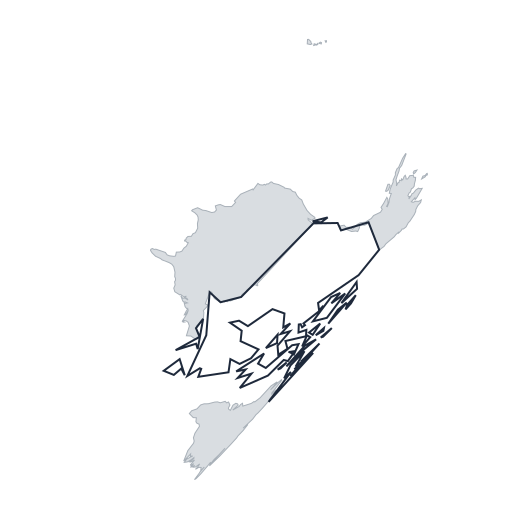 Canada and the surrounding countries, rotated 133°
{"feature_id": "CAN", "entity_name": "Canada", "entity_type": "country or territory", "adm_level": 0, "iso_a3": "CAN", "parent_name": "North America", "parent_adm1": "", "projection": "equal_earth", "projection_center": [-89.555, 62.395], "detail": "medium", "context": "with_neighbors", "style": "outline", "palette": "slate", "viewbox_px": 512, "rotation_deg": 133, "n_neighbors": 2, "source": "natural_earth", "source_scale": "50m", "svg_char_len": 7303}
<svg xmlns="http://www.w3.org/2000/svg" viewBox="0 0 512 512"><g transform="rotate(133 256 256)"><path d="M193.7,236.2L275.9,236.2L276.0,234.8L277.0,234.8L277.5,236.9L278.4,237.5L283.5,238.3L286.4,239.5L288.8,239.0L293.4,240.0L296.1,238.9L306.7,244.3L307.0,245.3L307.8,245.7L307.6,246.1L309.0,245.8L309.8,247.4L311.1,247.9L310.7,248.6L314.0,250.4L315.5,257.5L312.7,263.5L313.0,264.6L314.1,265.2L325.6,260.4L324.7,257.9L326.1,257.3L331.9,257.3L332.8,255.7L337.5,251.8L347.8,251.8L348.0,250.8L350.2,250.0L351.7,245.1L353.7,242.2L354.8,243.2L356.7,242.6L358.2,243.7L358.9,249.0L361.8,252.5L352.6,257.0L350.8,260.4L351.0,262.5L352.2,264.7L353.5,264.8L353.1,263.3L354.1,264.2L354.0,265.4L345.0,267.1L342.5,268.3L347.0,267.5L348.0,268.3L343.7,269.5L341.7,269.5L341.7,269.0L340.9,270.2L341.8,270.3L341.4,273.3L339.3,276.5L339.0,275.5L337.1,274.2L337.9,276.5L338.8,277.2L338.9,278.8L336.4,283.8L336.9,280.8L335.2,279.2L334.6,275.7L334.1,277.5L334.9,280.2L332.8,279.5L335.1,280.9L335.5,284.9L336.4,285.2L337.5,291.0L335.6,294.2L332.3,295.4L330.3,298.0L328.7,298.3L327.1,299.9L326.6,301.3L323.1,304.2L319.9,308.9L319.4,312.0L320.1,315.1L322.9,322.1L323.0,324.1L324.7,329.3L324.6,334.1L323.9,336.9L322.8,337.5L321.2,336.9L320.6,334.9L319.3,333.9L315.2,324.7L315.8,321.8L314.8,319.3L312.1,315.6L310.8,314.9L307.5,316.9L305.2,314.6L303.1,313.5L299.3,314.1L296.4,313.6L292.5,314.6L293.1,315.7L293.0,317.6L293.7,318.4L293.1,319.0L291.8,318.4L290.6,319.2L288.1,319.1L285.7,316.7L282.7,317.3L280.3,316.2L275.4,317.6L272.3,320.9L268.9,322.9L267.0,325.0L266.2,327.0L266.1,330.2L266.8,333.9L265.5,334.0L260.5,331.6L258.9,326.3L257.0,323.7L254.4,318.0L252.1,316.3L249.4,316.3L247.1,319.9L244.4,318.5L242.7,317.2L241.0,312.4L236.4,307.5L230.7,307.5L230.5,309.3L221.3,309.4L209.2,304.1L209.6,303.2L201.6,304.1L201.3,301.8L199.4,299.3L197.9,298.8L197.7,297.5L195.9,297.3L194.9,296.1L191.9,295.7L191.1,295.0L191.0,292.7L188.4,288.3L186.6,282.4L186.8,281.4L183.7,276.5L183.8,273.1L182.5,270.8L183.8,267.4L184.3,263.9L183.8,260.8L185.7,256.9L187.9,249.7L188.3,244.5L187.6,239.4L188.1,238.6L192.1,239.9L193.0,243.6L194.0,242.5L193.7,236.2ZM167.5,170.0L154.6,196.6L157.2,196.7L159.4,197.6L162.3,201.1L165.6,199.3L168.8,198.3L169.6,200.0L172.9,202.8L175.3,209.0L179.4,211.2L178.8,213.4L176.7,215.0L173.4,212.6L173.6,209.6L170.9,206.9L170.6,203.7L163.7,203.4L160.8,202.5L156.6,199.1L150.0,197.3L146.2,197.6L139.1,194.8L135.8,195.5L135.2,197.7L130.2,198.6L123.9,200.3L124.5,198.4L127.4,195.3L130.7,194.3L130.4,193.6L126.1,195.3L123.1,197.4L118.0,199.7L119.2,201.3L115.4,203.6L108.4,206.1L106.9,207.5L101.7,209.3L100.0,210.9L95.9,212.4L94.1,212.1L84.5,215.4L79.1,216.4L79.0,215.8L90.4,211.2L94.0,210.9L96.2,209.4L101.1,207.4L104.8,205.6L106.6,203.0L109.0,201.1L105.4,202.1L104.8,201.5L102.6,202.7L101.8,201.1L100.4,202.2L100.3,200.6L96.8,201.9L95.2,201.9L96.1,200.0L97.3,198.8L96.2,197.6L92.4,198.3L89.7,196.0L90.8,194.2L89.6,192.9L91.9,191.1L95.1,189.4L97.1,187.9L99.4,187.7L100.8,188.2L103.9,186.7L105.6,187.0L108.2,186.1L108.6,184.7L107.5,184.2L110.1,183.1L105.4,183.8L104.2,184.4L102.6,183.8L98.7,184.1L95.5,183.4L95.2,182.2L93.2,180.6L104.3,178.1L106.3,178.1L105.0,179.5L110.4,179.4L109.6,177.7L107.2,176.7L104.9,174.2L102.2,173.4L104.6,172.1L109.0,172.0L113.0,170.8L114.5,169.6L117.8,168.5L125.7,167.2L127.8,167.3L132.4,166.1L135.7,166.6L136.7,167.6L138.1,167.2L142.0,167.3L141.5,167.9L145.0,168.3L147.6,168.0L158.4,169.3L161.8,168.9L167.5,170.0ZM79.8,186.0L81.0,186.6L82.9,186.3L86.7,187.4L83.8,188.4L81.7,187.2L79.3,187.4L78.8,187.1L79.8,186.0ZM64.3,360.5L65.9,363.2L62.5,366.0L61.7,365.3L61.7,362.3L62.6,361.0L62.8,359.7L64.3,360.5ZM62.7,357.4L61.1,358.2L60.3,356.6L60.7,356.2L62.7,357.4ZM60.3,355.4L60.1,355.9L58.3,355.8L58.7,355.2L60.3,355.4ZM56.4,352.9L57.4,354.8L57.1,355.0L55.7,354.8L55.3,353.6L56.4,352.9ZM52.1,350.6L51.5,352.2L50.5,351.3L51.4,350.5L52.1,350.6ZM86.4,196.4L88.4,196.7L87.8,197.9L85.9,198.4L83.4,196.9L86.4,196.4ZM117.8,204.2L119.5,204.5L120.2,205.5L113.6,208.4L112.6,207.5L113.0,205.9L117.8,204.2Z" fill="#d9dde1" stroke="#a8b0b8" stroke-width="1"/><path d="M385.2,147.0L392.2,146.4L399.8,146.5L402.3,146.1L409.8,146.0L427.1,146.1L441.3,146.9L437.6,147.3L417.7,147.5L419.0,147.6L426.6,147.5L433.4,147.9L437.4,147.6L439.5,148.0L437.7,148.6L442.9,148.2L453.1,147.8L459.8,148.0L461.5,148.5L453.4,149.4L452.4,149.7L445.6,149.9L450.7,150.0L448.1,151.9L449.6,153.7L453.3,154.8L449.8,154.8L446.5,155.4L451.5,156.3L453.3,157.9L451.0,158.1L455.3,159.8L450.3,159.9L453.6,160.7L453.4,161.5L447.1,161.8L451.2,163.2L451.9,164.2L446.6,163.3L445.8,163.9L449.4,164.5L453.5,165.8L455.8,167.7L451.8,168.2L445.4,165.9L447.3,167.5L445.4,168.8L455.3,169.0L444.9,173.1L435.5,174.0L433.5,175.0L431.6,177.8L427.2,179.8L419.1,181.2L417.8,183.0L418.6,185.0L418.2,186.9L415.0,189.3L417.0,191.7L416.7,197.3L413.0,197.5L408.1,194.9L402.7,194.9L399.6,193.2L396.7,190.2L390.9,186.5L388.9,184.6L387.7,182.0L383.3,179.4L383.5,177.4L381.5,176.5L382.8,173.4L386.1,172.5L386.7,171.4L386.4,169.5L380.8,171.1L377.5,170.3L376.7,168.6L377.2,167.3L384.5,167.9L377.4,165.7L375.1,166.0L372.9,165.4L374.8,163.3L367.0,158.9L363.8,158.2L363.6,157.4L357.0,156.3L340.6,156.4L333.6,154.7L339.4,154.2L343.9,154.1L334.2,153.7L329.0,153.0L329.2,152.4L345.4,151.0L346.1,150.5L340.0,150.0L341.8,149.4L349.1,148.6L352.2,148.4L351.1,147.9L362.8,147.5L369.5,147.5L372.0,147.8L377.5,147.2L390.7,148.0L385.2,147.5L385.2,147.0Z" fill="#d9dde1" stroke="#a8b0b8" stroke-width="1"/><path d="M179.3,211.3L154.6,196.7L167.4,170.2L200.0,167.9L248.0,178.6L252.7,172.8L246.4,172.8L251.9,172.0L272.9,175.3L273.2,173.0L276.7,173.7L275.4,176.8L276.9,178.0L283.0,172.7L275.7,168.8L280.6,164.7L298.1,176.5L302.4,169.7L313.0,172.4L306.9,179.1L287.8,179.8L296.3,184.8L281.9,184.9L289.6,187.4L278.6,196.0L283.6,207.7L312.8,214.1L314.9,224.3L322.5,229.6L320.4,215.5L328.8,209.2L322.6,190.5L334.2,189.9L346.1,194.4L348.9,204.4L359.8,196.8L383.7,215.8L375.9,219.1L376.4,220.5L390.6,224.4L347.9,238.3L314.1,265.2L314.0,250.4L296.1,238.9L193.0,236.3L176.2,218.8L179.3,211.3ZM303.4,166.1L303.9,166.9L302.2,162.2L311.1,161.0L313.1,164.8L335.3,165.7L363.6,177.9L345.1,179.1L357.7,186.2L346.1,186.2L353.9,191.8L321.8,183.6L333.3,181.1L331.2,172.5L296.6,168.7L291.5,164.8L303.2,160.8L299.4,163.0L303.4,166.1ZM287.9,148.1L354.1,147.3L317.0,151.4L326.3,152.0L312.5,156.2L292.6,155.6L309.9,151.6L299.3,149.8L312.7,150.7L307.0,149.7L320.4,149.0L316.3,148.9L320.2,148.3L287.9,148.1ZM222.6,165.2L252.9,162.0L265.0,169.8L234.8,173.1L225.6,169.2L239.2,168.6L222.6,165.2ZM379.7,250.6L353.6,242.1L349.7,250.7L338.0,251.8L363.8,235.2L361.0,240.0L379.7,250.6ZM211.1,159.7L232.2,161.4L206.4,164.7L211.1,159.7ZM276.7,149.9L296.7,149.6L302.6,151.1L276.7,149.9ZM276.0,155.2L294.1,157.5L316.0,158.5L288.1,159.1L276.0,155.2ZM228.2,157.9L256.2,157.0L239.4,159.5L228.2,157.9ZM391.8,226.8L389.3,233.9L399.0,235.0L402.9,245.2L383.5,241.5L391.8,226.8ZM261.6,163.0L275.0,160.8L275.8,165.0L261.6,163.0ZM298.8,186.6L305.4,181.2L316.6,186.0L298.8,186.6ZM278.4,161.0L290.7,160.6L279.2,164.6L278.4,161.0ZM234.0,154.1L229.6,156.0L216.6,156.3L226.0,154.2L234.0,154.1ZM264.8,155.7L273.2,158.3L262.3,157.2L264.8,155.7ZM257.0,151.4L269.3,151.9L271.4,153.1L257.0,151.4ZM178.9,229.9L187.0,231.3L192.0,238.3L178.9,229.9ZM312.9,161.0L321.5,161.4L324.3,162.7L312.9,161.0Z" fill="none" stroke="#1e293b" stroke-width="2"/></g></svg>